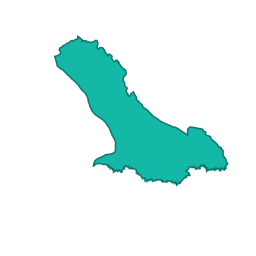 outline of Phakdi Chumphon, Chaiyaphum, Thailand, rotated 127°
{"feature_id": "78962969B21349454569090", "entity_name": "Phakdi Chumphon", "entity_type": "district", "adm_level": 2, "iso_a3": "THA", "parent_name": "Thailand", "parent_adm1": "Chaiyaphum", "projection": "albers", "projection_center": [101.441, 15.961], "detail": "fine", "context": "isolated", "style": "filled", "palette": "teal", "viewbox_px": 256, "rotation_deg": 127, "n_neighbors": 0, "source": "geoboundaries", "source_scale": "gbopen_adm2", "svg_char_len": 5761}
<svg xmlns="http://www.w3.org/2000/svg" viewBox="0 0 256 256"><g transform="rotate(127 128 128)"><path d="M80.5,177.7L81.4,178.5L82.5,178.2L83.2,178.5L83.5,179.2L82.3,183.1L80.7,183.6L80.0,184.7L80.3,185.6L80.2,187.4L81.3,188.0L82.5,187.5L82.6,187.9L81.6,190.1L81.5,191.2L81.1,192.0L81.2,192.8L80.5,192.9L79.8,194.0L79.5,195.8L79.7,196.1L79.3,196.5L79.4,197.1L80.9,198.9L82.9,199.2L83.0,199.5L82.3,201.2L80.3,202.0L78.2,203.1L78.1,203.7L76.9,205.4L77.1,206.0L77.6,206.3L77.8,206.8L79.0,207.0L82.1,208.9L82.5,210.8L83.8,211.8L84.3,212.7L84.1,213.3L83.5,213.6L84.4,214.4L84.3,215.1L86.3,216.7L86.3,217.0L85.2,217.2L85.1,217.5L85.2,218.4L84.9,221.0L85.0,223.2L87.2,221.7L89.3,223.5L91.2,223.5L91.6,224.0L91.6,225.1L93.4,226.2L95.7,226.3L97.0,227.8L98.6,227.9L101.4,229.4L103.5,229.6L105.0,230.5L105.6,230.5L105.9,229.8L107.1,229.9L108.0,227.3L109.2,226.5L112.9,227.9L114.9,229.6L119.9,222.9L121.0,222.1L121.3,217.5L120.8,214.7L121.9,208.2L122.0,206.1L122.6,202.3L122.8,198.0L123.7,193.0L125.2,189.0L126.1,182.2L126.8,181.2L126.8,180.7L127.8,178.9L128.7,177.6L131.4,174.9L131.4,174.2L133.9,171.1L134.8,169.0L135.8,167.6L136.7,164.1L137.0,161.4L136.6,153.2L137.2,148.7L138.4,145.8L139.1,143.3L143.2,136.4L145.7,131.0L147.5,128.6L148.5,128.2L153.8,124.4L154.7,124.1L155.8,124.2L158.0,125.2L160.8,127.6L162.5,129.6L166.6,131.4L170.3,133.6L172.6,134.4L174.4,134.6L176.3,134.1L179.1,132.8L178.0,132.1L177.1,132.3L176.2,132.0L175.2,131.3L173.0,128.6L172.2,126.7L172.1,125.8L171.2,125.2L170.8,123.9L169.9,123.2L169.8,122.1L170.2,122.1L170.2,121.9L170.5,121.7L170.5,121.1L170.3,120.9L170.5,120.7L170.2,120.6L170.4,120.1L170.0,119.9L169.7,120.0L169.7,119.8L170.1,119.5L169.9,119.4L169.9,119.0L170.6,119.0L170.2,118.2L170.5,118.1L170.4,117.8L170.7,117.7L170.4,117.6L170.6,117.5L170.5,117.2L170.2,117.3L169.6,116.4L170.1,115.9L169.7,115.5L170.5,115.3L170.7,115.0L170.0,114.2L170.6,114.1L170.5,113.7L171.5,113.2L170.8,113.1L170.5,112.6L170.6,112.3L169.5,112.2L168.2,111.3L168.3,110.7L168.9,110.7L169.1,110.3L167.6,109.4L167.0,109.5L166.8,109.9L166.3,109.6L166.3,109.0L167.2,108.2L167.6,106.7L166.8,106.4L166.5,106.8L165.8,106.9L165.3,107.2L164.1,107.0L163.3,107.3L162.8,106.4L162.2,107.4L161.5,107.8L161.0,107.4L160.4,107.5L160.1,107.2L160.2,106.7L159.3,106.8L159.4,106.2L159.7,106.2L159.4,105.1L158.2,104.3L159.4,103.6L159.3,102.9L159.6,102.3L158.6,102.0L158.5,100.9L157.4,101.1L157.3,100.3L157.7,100.3L157.8,99.7L157.0,98.8L156.4,95.7L156.5,95.5L157.2,95.6L157.5,95.1L158.1,95.0L157.9,94.3L158.2,93.8L157.9,93.2L158.1,92.7L158.3,92.7L158.5,93.3L158.8,93.4L158.6,93.0L158.9,92.6L158.2,92.1L158.8,91.0L158.2,90.6L158.0,89.9L158.7,88.8L158.9,87.3L159.9,85.9L158.5,85.2L158.5,84.7L158.0,84.5L157.9,83.7L159.5,82.9L159.0,82.8L158.8,82.3L159.0,81.3L159.6,81.1L159.6,80.7L158.0,81.3L157.6,80.9L157.8,80.2L157.2,79.5L155.6,79.4L155.9,78.3L154.7,78.7L154.8,78.1L154.4,77.2L155.5,76.1L154.8,75.8L154.1,74.8L152.8,74.2L152.3,73.5L152.1,73.5L151.9,74.2L151.6,74.1L151.3,73.0L150.7,72.8L150.7,72.0L150.3,71.1L149.3,70.3L150.2,69.1L149.5,68.9L149.9,68.4L149.9,68.2L149.4,68.2L149.9,67.4L149.4,67.0L148.7,66.1L148.0,65.6L148.0,64.5L147.5,64.6L147.0,64.2L146.4,64.1L146.2,64.5L145.5,62.9L145.1,62.5L145.0,61.4L144.6,61.7L144.1,61.1L144.6,60.8L144.0,60.6L143.9,59.7L144.7,59.0L144.3,58.9L144.1,59.2L143.8,57.9L143.4,58.1L143.1,58.0L143.6,57.4L142.6,57.7L142.4,57.5L142.3,56.8L143.1,56.6L143.3,55.2L143.7,55.3L144.2,54.7L143.3,54.7L143.0,55.1L141.9,54.0L141.2,53.8L141.3,53.4L141.0,53.2L140.4,53.3L140.5,53.7L140.1,54.1L139.5,53.5L138.3,53.2L135.7,53.2L133.9,52.9L133.7,52.4L132.1,52.9L131.7,52.4L131.8,51.7L130.3,52.2L129.6,51.9L129.1,50.3L128.7,50.3L128.5,50.5L128.3,50.3L127.8,51.2L127.6,51.7L127.8,52.1L127.1,53.0L127.4,53.3L127.0,54.7L127.4,56.0L127.3,56.3L124.7,54.9L122.5,55.8L122.0,55.6L121.9,55.1L120.8,54.2L121.1,53.4L120.7,52.6L118.8,52.3L119.6,51.3L119.0,50.5L120.0,49.9L120.2,49.4L119.2,48.9L119.1,48.1L118.3,47.9L117.7,48.1L117.9,47.6L117.5,47.3L117.5,46.3L117.9,45.8L117.3,46.1L116.6,47.0L116.5,46.5L115.8,47.2L114.9,46.7L114.2,47.3L114.3,46.4L113.6,46.5L113.7,45.9L113.2,45.5L112.4,45.6L112.3,45.1L112.9,44.6L112.5,44.4L111.7,44.7L111.8,44.2L113.1,44.1L113.0,43.0L112.6,43.1L112.1,42.7L112.5,42.1L113.0,42.2L112.8,41.8L113.3,41.6L113.2,41.3L113.5,41.0L112.9,40.7L113.6,40.5L113.5,39.7L114.8,39.7L115.2,39.2L114.3,39.3L114.1,38.8L113.5,39.0L113.0,38.8L112.9,38.0L112.6,37.8L112.0,38.0L111.7,36.7L111.3,36.6L111.2,36.3L110.7,36.6L110.1,35.2L109.6,35.1L109.7,34.0L109.0,34.4L109.2,33.2L108.1,33.6L107.8,33.0L107.9,32.5L107.4,32.4L107.2,33.0L107.1,32.5L106.5,32.1L106.3,32.2L106.0,31.3L106.3,31.0L105.9,30.5L106.1,29.8L106.9,29.4L106.9,29.1L106.4,29.0L106.2,28.4L105.4,29.6L105.1,29.5L105.3,29.1L104.5,29.3L104.8,28.8L103.7,28.9L103.4,28.5L103.9,28.0L103.5,27.6L103.7,26.3L102.7,26.4L103.2,25.7L102.5,25.5L102.0,25.8L101.3,25.8L101.1,25.6L100.7,25.9L100.6,26.9L96.6,26.9L95.3,30.0L94.1,31.0L92.7,35.7L90.0,37.4L88.8,38.6L88.6,39.3L89.0,40.6L88.8,41.0L88.0,41.1L87.7,41.7L88.0,42.2L87.9,43.9L88.7,44.5L88.5,45.0L87.9,45.7L87.4,46.3L87.0,49.9L86.7,54.9L86.2,55.9L85.5,56.4L85.4,56.9L85.7,58.8L86.5,60.4L86.5,62.4L86.3,62.9L85.2,62.9L84.5,63.5L84.4,64.0L85.2,66.3L84.4,66.7L84.0,67.6L89.5,78.7L91.0,79.4L92.6,79.6L95.8,77.7L97.8,76.1L98.6,88.8L99.1,91.0L100.0,92.5L102.8,104.4L103.1,106.4L103.0,109.5L103.4,115.2L102.2,122.7L102.1,126.4L102.5,128.1L100.8,131.2L101.1,133.0L100.4,134.7L100.4,138.0L98.3,140.0L97.2,142.9L95.9,145.3L98.7,146.2L99.9,145.7L101.7,146.1L102.0,146.5L102.0,147.6L101.1,148.2L99.9,151.6L96.6,152.6L96.3,155.9L94.6,157.3L93.6,158.6L93.0,160.4L92.2,161.2L91.1,161.6L90.4,162.3L88.9,161.9L86.2,162.0L85.5,162.3L83.5,164.4L83.2,166.2L83.5,168.0L82.7,171.6L82.2,172.6L81.9,175.1L81.0,174.8L80.5,177.7Z" fill="#14b8a6" stroke="#0f766e" stroke-width="1.5"/></g></svg>